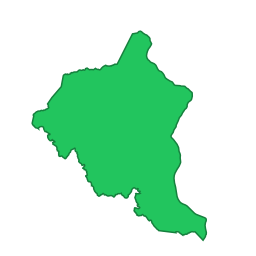 Sento Sé, Bahia, Brazil, rotated 100°
{"feature_id": "56859067B8748211257430", "entity_name": "Sento Sé", "entity_type": "district", "adm_level": 2, "iso_a3": "BRA", "parent_name": "Brazil", "parent_adm1": "Bahia", "projection": "albers", "projection_center": [-41.545, -10.097], "detail": "fine", "context": "isolated", "style": "filled", "palette": "green", "viewbox_px": 256, "rotation_deg": 100, "n_neighbors": 0, "source": "geoboundaries", "source_scale": "gbopen_adm2", "svg_char_len": 5926}
<svg xmlns="http://www.w3.org/2000/svg" viewBox="0 0 256 256"><g transform="rotate(100 128 128)"><path d="M212.2,104.0L212.6,102.6L212.6,102.0L212.1,100.9L211.9,99.8L211.5,99.4L210.8,98.9L210.7,98.5L211.9,96.7L211.7,95.4L213.5,93.4L214.6,92.5L215.7,90.9L215.5,90.5L214.9,90.0L214.9,89.2L215.3,88.8L217.3,87.9L218.3,86.8L220.0,85.3L221.4,83.3L222.1,82.4L222.6,81.8L222.9,80.9L223.7,79.9L222.8,62.7L222.3,63.0L221.9,62.8L221.6,61.9L221.5,60.3L221.6,59.8L222.1,59.3L224.1,55.3L223.7,55.2L223.4,54.7L223.4,54.1L222.5,52.9L222.4,51.7L221.7,50.8L221.0,50.5L220.6,49.3L220.2,49.1L218.9,47.0L219.0,45.8L218.6,43.9L225.5,34.6L222.3,33.2L221.3,32.9L220.0,32.9L219.1,32.5L217.3,32.7L213.7,34.2L210.6,35.2L207.7,35.3L206.0,34.9L204.9,35.0L204.0,35.3L203.4,35.9L203.0,37.1L201.2,46.0L200.5,47.6L194.6,56.2L193.9,57.9L193.2,61.1L192.4,63.2L191.4,64.5L189.3,66.4L186.9,67.8L177.9,70.9L173.9,72.7L169.5,74.0L166.7,74.2L164.4,73.9L160.4,72.6L156.6,71.0L153.0,70.2L151.8,70.4L148.5,71.4L145.7,71.7L144.1,72.4L142.3,73.6L138.5,74.8L135.5,76.9L131.5,81.2L129.8,83.6L129.3,84.0L128.1,84.3L126.5,83.7L124.6,82.8L121.8,82.4L118.5,80.9L116.7,81.0L112.2,79.8L108.9,79.2L106.1,77.6L103.3,76.8L102.2,76.2L99.9,75.3L98.5,74.1L97.8,73.8L96.6,73.5L94.7,73.8L92.5,73.2L91.6,72.6L90.2,71.2L89.5,70.7L88.7,70.4L85.5,70.2L82.3,70.9L81.8,71.3L81.1,72.7L78.9,75.8L78.6,77.1L77.1,79.3L77.2,81.0L77.5,82.8L77.3,84.2L77.8,88.7L77.6,89.8L75.1,92.2L74.9,92.8L74.5,94.6L73.1,98.2L72.0,100.1L69.4,101.8L68.0,103.2L66.8,104.8L66.3,107.1L65.7,108.1L64.6,109.1L61.4,111.4L60.7,112.4L60.1,113.5L59.2,117.3L57.9,118.9L57.4,120.0L55.8,121.4L53.8,122.3L51.2,122.4L49.2,122.2L46.6,121.6L44.5,120.5L42.1,119.6L41.0,119.4L38.1,121.5L36.0,122.0L35.1,122.8L33.2,125.7L33.0,127.2L31.9,129.7L30.8,131.5L30.5,132.6L31.0,133.9L31.7,134.5L32.4,134.8L32.8,135.3L34.5,139.9L66.9,149.7L67.3,150.5L67.4,152.0L68.9,153.8L68.9,154.4L69.8,155.2L69.9,156.3L70.3,156.8L70.3,157.7L70.5,158.1L70.6,158.7L70.4,159.3L70.6,159.9L70.1,160.7L70.2,161.1L70.8,161.7L71.4,162.6L72.1,163.3L73.7,164.5L75.0,165.1L75.6,165.8L75.7,166.3L75.4,167.3L75.6,168.1L75.5,169.2L74.9,170.4L76.5,171.9L76.8,174.4L77.3,176.2L76.1,178.7L76.9,180.1L77.9,180.3L78.4,180.6L78.7,181.1L78.4,182.3L79.0,182.9L79.2,183.5L79.4,184.1L79.2,185.3L79.3,185.8L79.7,186.2L79.9,186.7L81.0,187.3L81.6,188.0L81.9,188.9L82.2,190.8L83.2,192.1L83.1,192.8L83.3,193.3L84.1,193.8L84.1,194.2L84.6,194.2L85.0,194.5L85.8,196.5L85.5,196.8L85.4,197.2L85.9,197.6L85.9,198.4L85.7,198.7L85.9,199.2L86.2,199.5L86.4,199.9L86.8,200.3L87.4,200.7L88.0,200.8L98.9,200.9L111.2,208.2L118.3,211.4L119.2,210.5L120.5,210.4L121.3,209.7L122.0,209.7L123.2,210.9L123.6,211.9L124.0,212.0L124.6,212.7L124.9,213.3L124.9,213.9L125.4,214.2L125.7,215.2L125.7,216.4L125.9,216.8L126.5,217.4L127.0,219.6L127.4,219.9L128.1,221.1L130.1,222.6L130.7,223.3L131.1,223.5L132.1,223.4L132.5,222.9L139.9,223.2L140.5,223.0L142.0,221.7L142.2,221.3L142.2,220.9L142.6,220.7L143.8,219.0L143.8,218.0L144.1,216.4L144.4,215.9L143.6,216.2L143.2,216.0L142.1,214.9L141.6,213.6L141.5,212.7L141.7,211.8L142.2,211.3L143.7,210.7L145.7,209.3L146.0,208.9L145.9,208.3L145.6,207.8L145.8,207.5L146.3,207.1L146.7,205.8L147.2,204.9L147.2,204.3L147.6,203.8L148.2,204.0L148.2,204.6L148.5,205.2L149.2,205.8L150.8,205.5L151.9,204.9L153.0,204.0L154.0,202.5L153.9,201.5L153.6,201.1L153.0,200.9L152.7,200.6L153.2,200.2L153.2,199.4L153.9,198.1L154.3,197.7L155.2,199.5L155.6,199.6L156.1,199.2L157.1,199.0L157.5,197.4L157.9,196.9L158.3,195.7L159.1,194.9L159.9,194.5L161.6,194.2L162.0,193.8L162.7,193.6L163.0,192.1L163.4,192.0L164.7,192.0L165.6,191.6L166.6,191.6L166.9,191.3L167.7,190.9L167.8,190.0L167.2,188.8L167.1,188.2L168.3,186.6L168.6,185.6L169.1,184.9L169.1,184.4L168.2,183.6L167.3,183.5L166.7,182.8L165.7,182.5L164.6,181.7L163.5,181.7L162.5,181.2L161.7,180.5L160.2,180.4L159.6,180.2L158.9,179.4L158.2,178.2L157.2,177.2L157.2,176.7L157.6,176.4L159.0,176.2L159.9,175.8L160.3,175.3L160.5,174.6L160.8,174.0L162.1,173.8L162.8,173.0L164.8,172.8L165.6,172.2L166.4,171.9L168.0,170.6L169.0,170.8L169.7,170.6L170.8,169.1L170.9,168.5L171.3,167.7L172.7,166.8L172.3,165.7L171.8,165.4L171.6,165.0L171.8,164.5L172.3,164.2L173.2,164.2L175.0,165.4L175.5,165.4L175.5,164.3L176.1,164.2L176.6,163.8L176.4,162.8L176.5,162.3L177.2,162.0L178.1,161.0L178.5,161.1L179.1,160.9L179.7,160.5L181.5,159.9L181.9,160.1L181.9,160.7L182.5,161.3L182.9,161.2L183.3,160.7L184.6,159.5L185.2,159.4L186.1,158.8L187.3,158.2L187.6,157.3L187.8,157.0L187.6,156.5L187.5,155.9L187.9,155.2L188.7,154.5L189.9,154.2L190.5,153.7L191.2,153.9L191.3,153.0L192.0,151.9L192.5,151.5L194.0,151.2L194.5,150.7L195.6,150.2L195.8,149.8L196.3,149.6L196.5,149.2L197.3,148.5L197.7,147.4L198.1,146.9L199.1,146.7L199.6,146.3L199.8,145.5L200.2,144.9L200.1,144.5L199.3,143.6L198.7,143.5L198.4,143.1L198.4,142.5L197.9,142.0L197.1,141.6L196.8,141.2L196.9,140.6L197.9,139.8L198.0,139.3L197.5,138.4L198.1,137.5L198.5,135.8L198.0,135.0L198.0,134.4L197.7,133.9L197.4,132.6L197.7,131.3L198.4,130.1L198.2,129.6L197.6,129.5L196.9,128.8L195.8,128.8L195.5,127.4L194.5,126.7L194.0,124.1L193.5,123.3L194.1,123.1L195.4,121.8L195.4,120.8L197.1,119.2L197.3,118.1L197.1,116.9L195.7,115.9L194.5,115.9L194.0,116.2L192.8,115.0L192.3,114.8L190.5,113.8L189.2,113.5L188.6,113.7L188.2,113.6L187.1,113.1L186.2,112.3L185.8,111.8L185.7,111.3L186.7,109.4L186.5,108.4L186.0,108.0L186.2,107.4L186.8,107.5L187.2,107.7L187.7,107.6L188.3,107.2L188.5,106.6L188.2,105.6L188.3,105.2L189.3,105.6L189.7,105.6L190.3,104.7L190.9,106.0L191.1,107.3L191.0,108.7L191.3,109.0L192.1,108.6L195.3,109.1L197.1,108.1L197.4,107.7L198.4,107.5L198.8,107.2L199.3,106.7L199.8,106.6L200.1,106.2L200.4,105.5L201.3,105.0L201.7,104.6L202.3,105.5L203.4,104.9L203.9,103.0L204.5,102.6L205.5,103.4L205.7,103.9L205.4,106.1L205.4,107.4L205.9,107.7L207.4,107.4L207.8,107.7L208.5,107.6L208.7,107.2L209.4,106.9L209.5,106.3L210.1,105.5L210.5,105.4L211.3,104.6L211.7,103.8L212.2,104.0Z" fill="#22c55e" stroke="#15803d" stroke-width="1.5"/></g></svg>